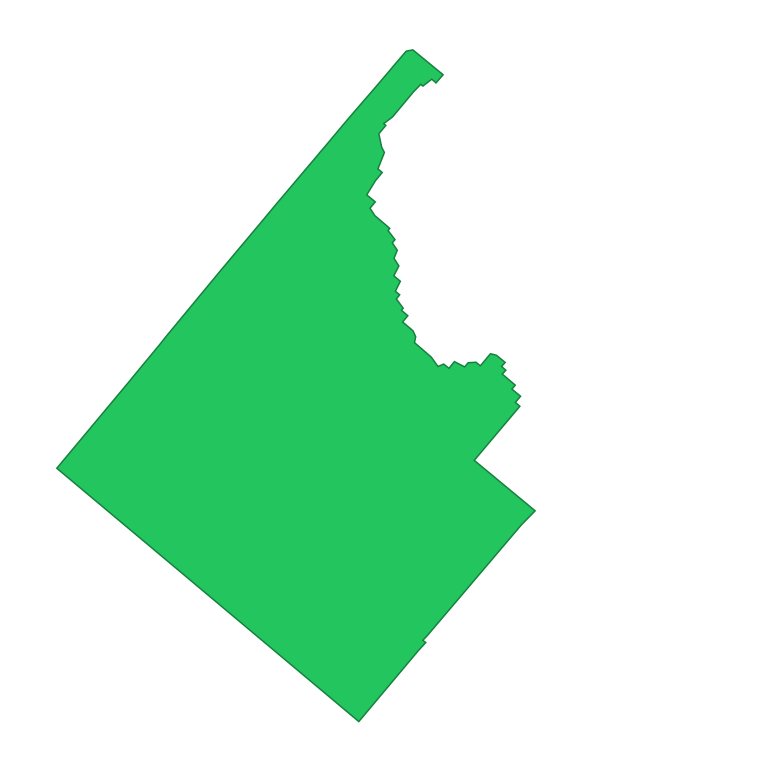 Lassen, California, United States of America (Natural Earth projection), rotated 220°
{"feature_id": "52423323B86430023400928", "entity_name": "Lassen", "entity_type": "district", "adm_level": 2, "iso_a3": "USA", "parent_name": "United States of America", "parent_adm1": "California", "projection": "natural_earth1", "projection_center": [-120.457, 40.446], "detail": "fine", "context": "isolated", "style": "filled", "palette": "green", "viewbox_px": 768, "rotation_deg": 220, "n_neighbors": 0, "source": "geoboundaries", "source_scale": "gbopen_adm2", "svg_char_len": 1239}
<svg xmlns="http://www.w3.org/2000/svg" viewBox="0 0 768 768"><g transform="rotate(220 384 384)"><path d="M580.9,653.3L581.0,649.0L581.2,631.9L581.1,631.6L581.3,605.3L581.9,566.1L581.9,523.1L582.0,521.1L581.9,515.7L582.0,502.8L582.2,452.1L582.2,451.7L582.1,430.2L582.1,363.7L581.5,281.4L581.2,270.6L580.9,227.4L580.9,226.9L580.8,224.8L580.5,109.1L432.1,109.2L186.3,109.2L186.3,201.9L185.8,212.8L189.5,212.6L189.1,219.0L188.2,364.5L186.7,384.0L265.8,383.5L265.6,454.3L271.5,454.3L271.5,462.4L282.7,462.3L282.7,467.5L299.8,467.6L299.5,472.9L305.2,473.0L305.0,478.4L316.3,478.3L321.9,475.6L321.9,459.8L327.5,459.8L333.2,454.4L333.2,449.0L344.5,446.4L344.3,437.8L351.1,437.6L353.9,432.1L365.2,435.0L387.2,435.3L390.1,440.6L396.0,443.4L409.6,443.5L409.6,451.6L418.0,451.7L418.0,454.4L429.2,457.1L429.3,462.4L434.9,462.4L437.5,473.2L446.0,473.2L448.5,484.0L457.1,486.7L459.8,495.0L468.4,497.5L468.3,501.6L479.6,504.2L479.6,506.9L499.3,507.1L507.7,509.7L507.7,517.9L518.8,517.8L521.2,534.0L521.3,544.9L526.9,544.9L532.5,561.6L538.0,563.9L548.8,572.4L548.8,583.3L551.6,583.3L549.1,594.1L549.2,626.6L548.4,637.2L545.7,637.2L543.3,648.2L537.7,648.1L537.5,658.9L576.7,658.5L580.9,653.3Z" fill="#22c55e" stroke="#15803d" stroke-width="1.5"/></g></svg>